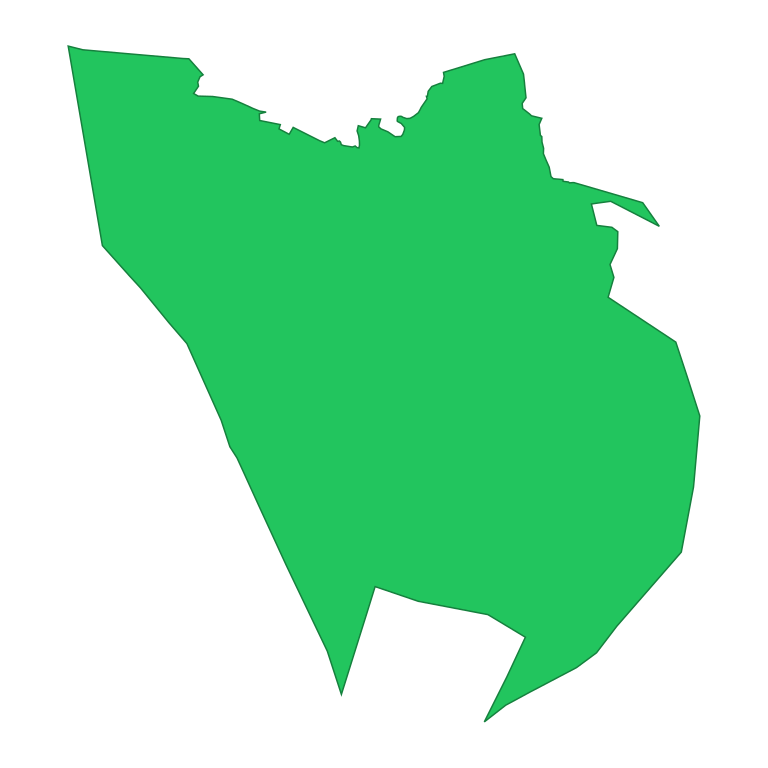 the district of Santa Ana, Oaxaca, Mexico
{"feature_id": "50627088B53978228930209", "entity_name": "Santa Ana", "entity_type": "district", "adm_level": 2, "iso_a3": "MEX", "parent_name": "Mexico", "parent_adm1": "Oaxaca", "projection": "natural_earth1", "projection_center": [-96.73, 16.33], "detail": "fine", "context": "isolated", "style": "filled", "palette": "green", "viewbox_px": 768, "rotation_deg": 0, "n_neighbors": 0, "source": "geoboundaries", "source_scale": "gbopen_adm2", "svg_char_len": 2029}
<svg xmlns="http://www.w3.org/2000/svg" viewBox="0 0 768 768"><path d="M186.9,343.6L221.2,420.3L229.9,446.8L237.0,457.9L243.8,472.7L259.0,506.1L285.9,564.5L292.0,577.3L327.3,651.1L341.4,694.4L367.0,612.7L375.1,586.6L418.3,601.3L487.9,614.6L525.4,637.2L506.9,676.8L484.3,721.9L505.7,705.2L529.9,692.1L576.5,667.6L596.5,652.8L616.8,626.2L681.3,552.1L693.5,487.1L694.1,480.7L699.8,416.0L687.1,376.4L675.8,342.1L608.1,297.3L613.9,277.4L610.0,264.5L614.5,254.9L617.4,248.6L617.8,231.7L611.9,227.3L596.8,225.4L591.4,204.0L597.4,203.1L610.7,201.3L659.3,226.3L648.9,211.5L642.7,202.7L573.9,182.6L572.7,182.6L569.5,182.9L568.5,182.0L563.1,181.3L562.9,179.6L558.9,179.2L556.3,179.0L553.3,178.7L551.0,176.6L549.2,167.2L546.1,160.2L543.4,153.7L543.6,148.3L542.0,142.1L541.8,136.6L540.4,135.3L539.1,124.5L541.8,118.3L531.5,115.8L529.6,114.0L523.9,109.5L522.7,108.6L522.2,103.4L526.0,97.8L524.6,84.5L524.5,83.0L523.5,74.1L522.7,72.2L521.8,70.2L518.6,62.8L514.7,53.8L484.7,59.7L443.5,72.4L444.2,76.3L442.6,83.4L440.4,83.2L431.8,86.5L428.2,91.3L427.4,96.2L426.4,96.3L427.1,98.8L421.2,107.4L420.1,109.7L418.4,112.7L413.6,116.4L410.1,118.3L406.7,118.6L402.6,117.2L401.9,116.6L401.0,116.3L399.7,116.3L398.2,116.6L397.4,117.9L397.2,120.6L397.4,121.4L401.3,123.5L404.6,127.4L404.4,130.1L402.8,134.3L401.2,136.4L395.1,136.7L391.4,134.2L387.9,131.8L381.0,128.9L378.7,126.8L378.8,125.2L380.6,119.1L371.4,118.7L371.0,120.0L365.5,127.8L358.3,125.7L357.1,130.9L358.7,135.8L359.4,141.0L359.5,145.2L358.9,147.9L357.0,147.6L355.2,146.0L352.4,147.0L343.6,145.6L341.3,144.7L340.5,142.1L339.4,141.0L337.6,141.3L334.9,137.7L324.6,142.8L319.4,140.6L293.2,127.4L289.2,134.3L279.0,128.9L280.3,124.6L259.7,120.5L259.3,113.8L266.1,112.1L259.6,111.1L252.9,108.4L242.2,103.5L232.2,99.2L212.6,96.5L198.1,96.1L193.6,93.5L198.5,86.2L197.7,82.1L200.0,76.8L203.1,74.8L188.9,58.8L182.8,58.5L122.9,53.3L82.9,49.8L68.2,46.1L83.9,137.6L99.0,225.7L102.4,245.6L107.2,251.0L129.3,275.7L140.4,287.8L168.9,322.7L186.9,343.6Z" fill="#22c55e" stroke="#15803d" stroke-width="1.5"/></svg>